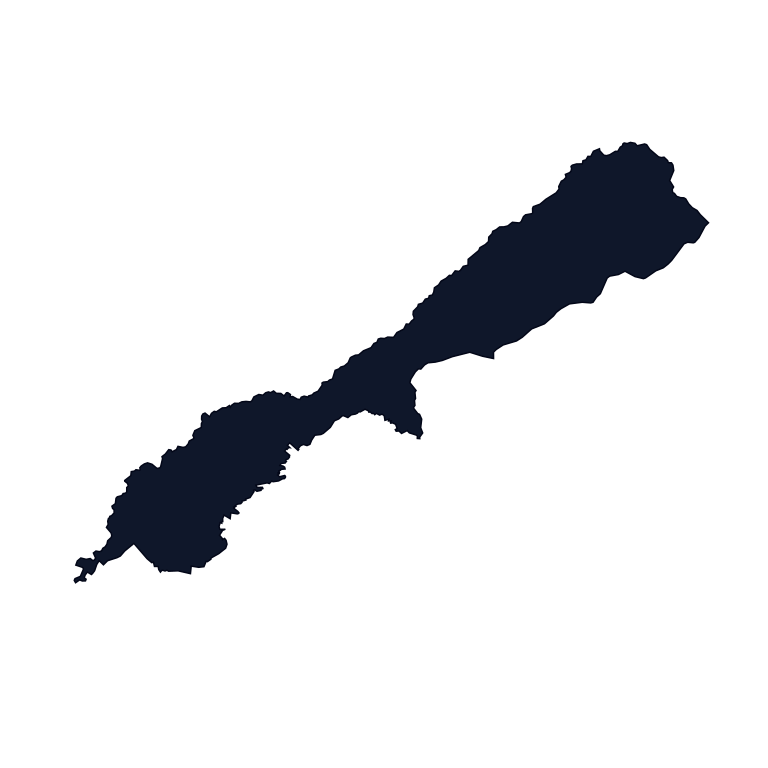 Villa Del Rosario, Norte de Santander, Colombia (Albers equal-area conic projection), rotated 227°
{"feature_id": "7082276B64319066043835", "entity_name": "Villa Del Rosario", "entity_type": "district", "adm_level": 2, "iso_a3": "COL", "parent_name": "Colombia", "parent_adm1": "Norte de Santander", "projection": "albers", "projection_center": [-72.471, 7.772], "detail": "fine", "context": "isolated", "style": "filled", "palette": "ink", "viewbox_px": 768, "rotation_deg": 227, "n_neighbors": 0, "source": "geoboundaries", "source_scale": "gbopen_adm2", "svg_char_len": 6106}
<svg xmlns="http://www.w3.org/2000/svg" viewBox="0 0 768 768"><g transform="rotate(227 384 384)"><path d="M409.1,702.0L411.4,695.9L409.4,690.4L411.4,688.4L410.2,684.6L411.6,681.8L409.7,679.2L413.6,674.9L415.6,671.0L415.6,669.2L413.4,667.9L412.1,665.8L412.0,663.9L413.6,659.6L411.0,658.2L410.7,654.6L411.4,652.0L409.3,646.5L407.2,645.0L406.4,640.3L408.7,628.4L409.1,620.7L411.9,614.2L411.1,612.4L407.7,609.4L407.8,608.2L411.2,602.9L411.3,600.2L409.2,595.1L409.4,592.9L414.7,588.2L415.2,582.3L417.2,578.8L420.0,575.7L420.4,571.2L421.5,567.7L420.2,565.5L420.0,560.8L416.9,557.6L416.9,553.1L418.3,547.2L417.0,544.3L417.8,530.6L413.6,526.5L416.0,522.2L415.0,517.4L415.3,515.6L418.2,513.2L417.2,507.4L418.9,505.9L418.9,501.6L420.3,495.9L419.2,491.5L420.0,486.5L417.3,483.1L416.1,480.1L417.7,477.3L416.3,475.1L417.9,472.1L416.8,467.5L418.8,463.5L417.5,461.3L417.2,455.1L415.0,452.6L412.0,451.3L411.0,450.1L411.3,447.1L410.6,443.2L412.7,441.2L410.7,435.9L412.8,428.6L411.6,422.8L415.8,418.7L416.9,415.4L419.7,412.8L420.8,410.5L419.3,407.2L420.5,404.3L419.4,399.3L422.3,391.6L422.6,385.3L424.6,382.7L426.0,378.4L426.1,377.1L424.0,372.3L424.2,367.3L425.9,363.9L425.8,361.3L427.3,357.6L422.8,349.8L424.1,346.8L424.1,344.5L426.8,340.8L427.0,339.3L425.3,338.0L423.7,330.8L425.2,326.5L425.0,324.1L426.7,320.7L426.2,319.6L429.6,317.3L430.8,314.5L429.9,312.1L432.0,310.3L437.1,308.7L438.6,306.6L440.1,308.4L443.3,307.7L444.1,306.7L443.4,302.8L447.5,302.1L450.6,298.9L454.2,298.5L455.0,295.2L457.0,294.1L458.3,291.5L458.4,287.8L461.7,285.3L463.3,280.0L461.8,275.9L462.1,274.1L465.4,271.2L467.9,267.9L469.0,264.4L471.9,261.5L472.4,257.7L471.8,255.7L473.7,256.2L474.3,252.4L476.8,249.4L478.0,242.4L479.8,241.2L480.2,237.8L478.9,234.1L484.8,233.3L485.6,231.1L484.9,228.8L482.6,226.5L480.4,225.7L479.6,223.5L476.8,220.7L478.9,213.8L476.8,209.2L474.3,208.3L473.9,207.4L475.1,202.7L473.7,199.9L473.3,196.1L474.7,193.8L478.9,190.8L477.6,187.5L478.9,182.9L481.0,183.2L482.8,181.8L481.9,176.3L482.3,172.1L480.5,171.2L475.8,164.2L475.6,162.7L477.1,160.4L483.5,159.6L487.6,157.3L489.0,154.2L489.6,150.5L489.3,148.3L487.8,147.5L487.5,146.5L490.5,144.1L490.5,142.1L492.3,139.4L489.6,136.3L490.3,128.6L489.7,128.1L486.5,128.6L484.4,127.9L483.7,126.8L483.8,125.3L480.6,122.3L480.4,120.6L481.8,118.5L481.2,116.1L483.4,112.0L483.2,110.1L479.7,105.9L480.2,101.7L478.0,100.6L476.3,100.9L473.8,98.8L473.5,95.0L474.2,93.2L473.3,91.7L473.6,90.8L472.1,88.4L469.4,86.5L468.4,83.2L461.4,82.9L459.1,81.8L457.8,79.9L457.8,75.0L455.8,72.1L455.1,69.0L455.6,66.3L454.6,63.7L455.4,61.6L458.3,59.4L458.6,56.2L453.4,54.4L452.8,52.2L453.4,50.6L456.7,50.1L458.9,46.6L463.5,43.6L463.7,39.0L461.7,35.1L455.6,38.4L454.3,38.4L453.4,37.6L450.4,30.7L452.4,25.3L451.6,23.5L449.0,22.9L448.3,27.8L445.7,29.0L443.6,31.4L444.4,33.0L446.2,32.6L447.1,33.2L448.1,35.2L448.8,38.8L444.2,40.1L444.2,41.7L444.8,45.0L447.9,50.8L449.1,55.2L443.1,55.5L443.3,61.3L439.1,70.2L438.0,73.9L438.7,80.5L438.0,92.4L417.8,91.6L411.7,92.3L410.9,93.9L407.1,91.7L404.6,94.4L401.9,92.7L398.9,92.2L399.2,94.2L398.6,95.2L396.6,96.3L395.8,98.2L394.0,98.8L387.8,106.0L377.3,113.1L382.3,118.8L376.3,123.5L373.2,127.7L375.6,133.0L374.5,133.7L373.9,137.9L374.7,138.9L372.6,147.5L371.9,156.2L373.9,159.9L377.4,161.9L379.8,162.1L380.3,159.8L381.1,160.4L385.6,160.6L386.7,165.1L387.3,165.3L386.0,168.9L389.7,164.8L392.4,166.3L394.3,169.6L392.9,170.4L393.9,171.0L393.3,172.2L395.7,174.3L397.2,177.6L390.4,179.6L394.2,184.1L389.0,188.2L388.5,189.3L388.6,190.0L390.5,190.2L395.6,189.4L395.6,190.3L396.4,190.3L395.6,192.1L396.4,192.1L396.1,194.9L394.2,197.6L394.3,199.5L395.2,200.1L393.3,203.9L394.2,204.4L392.3,208.6L394.0,215.6L395.2,216.2L394.7,217.3L392.2,217.9L390.1,221.5L390.9,222.0L390.1,224.1L391.3,224.6L394.9,220.7L397.4,221.3L391.4,231.1L389.4,232.3L389.6,235.7L388.2,236.2L385.0,240.8L383.8,245.3L382.8,246.4L382.8,248.0L383.7,249.0L384.8,249.0L387.4,244.4L390.0,244.1L390.0,245.7L391.3,245.8L391.3,246.7L390.1,246.6L390.4,247.1L392.1,247.8L391.5,249.6L392.0,250.2L389.3,253.7L390.9,254.6L392.9,254.2L395.4,252.3L396.0,254.6L393.6,257.9L394.0,259.8L394.8,259.4L395.5,260.8L394.6,262.8L395.1,265.2L396.1,265.4L396.2,266.4L402.8,265.6L403.1,268.5L402.3,268.6L402.5,271.0L401.7,271.7L405.0,271.5L405.3,274.9L394.1,275.9L394.3,277.1L395.3,277.2L395.8,280.8L394.8,283.8L391.5,285.7L390.4,288.7L392.3,292.8L393.7,298.5L390.1,303.4L389.3,306.0L388.9,315.2L390.9,322.6L389.3,327.1L389.2,331.7L388.4,332.8L384.1,334.7L383.8,339.1L381.5,342.6L380.8,344.8L381.1,346.4L379.8,347.6L378.5,352.9L375.1,354.3L373.8,353.7L372.8,354.9L370.5,355.1L369.6,356.4L367.9,356.3L367.7,358.4L364.2,359.6L363.6,361.5L362.2,362.4L360.4,362.4L356.8,359.9L354.9,363.6L353.9,362.1L352.2,364.1L351.6,362.5L350.8,362.2L349.7,363.8L346.6,365.0L342.5,363.3L342.9,361.1L341.2,360.7L339.4,362.9L335.9,363.1L334.1,369.2L331.0,369.2L324.4,372.9L323.3,373.0L321.5,371.2L319.6,372.9L320.8,373.9L321.8,378.9L327.0,381.0L332.6,387.6L337.6,389.3L339.3,388.5L345.8,389.1L346.8,389.9L347.2,392.0L351.2,395.1L351.9,397.2L356.8,400.9L357.4,403.0L367.3,403.8L369.3,407.0L371.5,415.2L371.6,419.6L369.8,421.1L370.3,426.7L369.5,430.6L365.0,436.5L361.4,442.8L357.4,452.6L348.7,468.4L337.1,475.0L327.9,481.5L332.6,485.8L332.7,489.6L331.3,497.8L325.1,510.3L323.9,517.0L323.6,529.6L318.6,542.4L318.2,554.3L318.9,558.9L318.4,564.7L316.1,574.3L308.6,584.7L302.3,590.5L301.2,592.6L302.6,598.8L302.5,603.8L309.3,619.5L309.0,622.6L304.2,630.1L302.1,637.2L291.4,640.8L284.1,645.6L283.2,647.6L281.4,660.0L278.5,667.5L278.0,673.5L278.2,678.6L281.9,699.0L280.6,702.7L276.3,706.5L275.7,707.9L276.3,714.2L280.5,726.5L280.6,731.3L292.1,730.8L297.4,731.3L302.7,729.7L307.9,729.7L313.6,730.9L315.6,730.3L318.1,727.9L321.7,726.0L325.3,726.4L327.0,725.7L329.7,727.4L330.6,730.2L338.0,731.7L342.5,741.5L347.0,744.6L349.7,745.1L352.0,742.9L354.0,743.8L358.9,743.5L360.5,741.2L362.9,739.7L374.4,738.4L379.9,739.3L381.8,738.3L385.6,731.6L388.9,731.7L392.6,729.0L394.0,725.8L396.5,724.0L396.7,722.6L395.6,720.9L396.1,718.3L394.7,713.6L396.4,711.8L397.7,705.4L399.3,702.4L401.5,700.8L407.4,700.9L409.1,702.0Z" fill="#0f172a" stroke="#020617" stroke-width="1.5"/></g></svg>